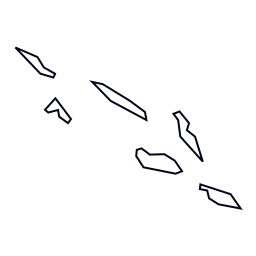 outline of Solomon Islands
{"feature_id": "SLB", "entity_name": "Solomon Islands", "entity_type": "country or territory", "adm_level": 0, "iso_a3": "SLB", "parent_name": "Oceania", "parent_adm1": "", "projection": "albers", "projection_center": [159.585, -9.221], "detail": "coarse", "context": "isolated", "style": "outline", "palette": "ink", "viewbox_px": 256, "rotation_deg": 0, "n_neighbors": 0, "source": "natural_earth", "source_scale": "50m", "svg_char_len": 693}
<svg xmlns="http://www.w3.org/2000/svg" viewBox="0 0 256 256"><path d="M141.5,148.4L149.8,154.6L164.4,154.2L174.7,160.6L182.0,171.2L175.6,173.7L143.5,167.3L136.2,156.0L136.8,149.9L141.5,148.4ZM179.6,111.5L189.0,123.1L186.9,130.2L195.0,136.6L202.8,161.6L180.3,136.6L178.2,120.2L173.5,113.8L179.6,111.5ZM146.4,120.0L110.8,101.0L92.2,81.9L102.8,84.2L129.4,100.5L145.0,112.0L146.4,120.0ZM200.4,184.4L230.6,194.2L240.6,208.5L218.5,204.3L209.1,198.4L207.2,190.5L199.9,189.1L200.4,184.4ZM55.1,73.8L53.4,77.5L40.4,73.7L15.4,47.5L37.5,57.1L43.8,67.4L55.1,73.8ZM55.4,98.3L71.0,119.0L68.0,123.1L59.2,116.7L58.0,110.0L48.3,112.5L45.0,109.8L55.4,98.3Z" fill="none" stroke="#020617" stroke-width="2"/></svg>